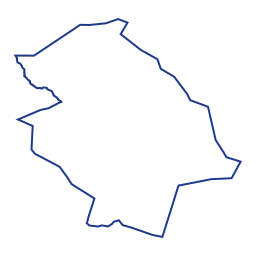 outline of Erdenesant, Töv, Mongolia
{"feature_id": "93677404B9230847740032", "entity_name": "Erdenesant", "entity_type": "district", "adm_level": 2, "iso_a3": "MNG", "parent_name": "Mongolia", "parent_adm1": "Töv", "projection": "equal_earth", "projection_center": [104.186, 47.276], "detail": "fine", "context": "isolated", "style": "outline", "palette": "blue", "viewbox_px": 256, "rotation_deg": 0, "n_neighbors": 0, "source": "geoboundaries", "source_scale": "gbopen_adm2", "svg_char_len": 2406}
<svg xmlns="http://www.w3.org/2000/svg" viewBox="0 0 256 256"><path d="M86.8,223.2L89.3,225.5L98.1,226.5L101.6,225.4L108.2,226.4L112.3,223.7L113.7,221.8L118.9,220.3L122.6,225.1L130.8,227.4L152.3,234.9L162.4,236.9L178.5,185.6L211.1,179.2L231.6,178.2L240.6,161.7L226.4,157.2L223.8,152.7L215.7,140.1L208.0,106.8L190.1,100.1L187.3,94.2L174.3,76.9L160.7,68.7L157.4,59.2L140.9,50.0L120.7,34.2L127.5,22.6L118.1,19.1L105.8,23.3L89.3,25.0L80.2,24.8L33.9,55.7L27.8,55.6L15.6,55.6L15.4,55.6L15.5,55.8L15.7,56.1L16.2,56.5L16.3,56.7L16.4,57.0L16.4,57.4L16.5,57.6L16.9,57.9L17.1,58.1L17.2,58.3L17.2,58.7L17.0,59.0L16.9,59.4L16.8,59.7L17.0,60.0L17.2,60.4L17.2,60.6L17.2,60.9L17.2,61.2L17.2,61.5L17.3,61.8L17.5,62.1L17.7,62.5L18.0,62.6L18.4,62.7L18.6,62.8L18.7,63.1L18.9,63.2L19.2,63.3L19.5,63.4L19.9,63.5L20.3,63.8L20.9,64.5L21.2,65.0L21.3,65.4L21.5,65.6L21.9,65.8L21.9,66.5L21.9,66.9L22.2,67.4L22.8,68.1L23.1,68.3L23.4,68.4L23.8,68.8L24.0,69.1L24.3,69.3L24.4,69.6L24.3,70.1L24.3,70.4L24.2,70.6L24.2,70.9L24.3,71.1L24.3,71.4L24.4,71.8L24.3,72.2L24.4,72.3L24.5,72.4L24.5,72.6L24.5,72.9L24.4,73.1L24.2,73.3L24.2,73.6L24.4,73.8L24.5,74.0L24.6,74.4L24.7,74.8L24.8,75.0L24.7,75.2L24.4,75.4L24.3,75.7L24.2,75.9L24.3,76.2L24.6,76.3L25.0,76.3L25.1,76.7L25.3,77.0L25.4,77.3L25.7,77.4L25.9,77.3L26.3,77.6L26.6,77.9L26.8,78.2L27.0,78.6L27.3,79.1L27.6,79.5L28.4,80.0L28.6,80.4L29.1,80.6L29.3,80.7L29.5,80.9L29.9,81.0L30.0,81.2L30.0,81.5L29.8,81.8L29.8,82.2L30.1,82.4L30.1,82.6L30.0,83.0L30.4,83.3L30.6,83.5L30.8,83.9L31.0,84.1L31.3,84.3L31.7,84.3L31.9,84.7L32.4,84.8L32.4,85.0L32.7,85.2L33.2,85.3L33.3,85.4L33.4,85.8L33.8,86.0L34.2,86.1L34.6,86.4L35.2,87.0L35.7,87.3L36.1,87.6L36.6,87.7L36.8,88.0L37.1,88.0L37.6,88.1L38.0,88.3L38.4,88.3L38.7,88.0L39.0,87.9L39.6,88.0L40.2,87.9L40.6,88.1L41.2,88.5L42.0,88.6L42.3,88.3L42.5,87.8L43.0,87.7L43.3,87.5L45.2,87.6L46.4,87.8L46.9,88.1L47.0,88.7L47.5,89.0L47.7,89.4L49.4,90.3L50.2,90.4L51.8,91.1L52.1,91.4L52.1,91.8L52.3,92.4L52.7,92.8L53.1,93.5L53.3,94.6L53.7,95.0L53.6,95.3L54.0,95.6L54.1,95.9L54.9,96.2L55.3,96.6L56.3,97.2L56.7,97.4L57.0,97.6L57.2,98.2L57.6,98.5L57.8,98.5L58.1,98.9L57.9,99.2L58.0,99.5L61.5,101.9L61.5,102.0L61.4,102.1L60.2,102.2L56.9,103.9L54.5,105.2L52.9,106.0L48.3,108.3L40.6,109.9L18.0,119.5L32.7,126.0L31.5,149.5L34.8,153.7L54.5,164.1L59.8,167.0L67.1,177.1L71.7,184.2L94.4,198.5L88.9,215.7L86.9,223.0L86.8,223.2Z" fill="none" stroke="#1e3a8a" stroke-width="2"/></svg>